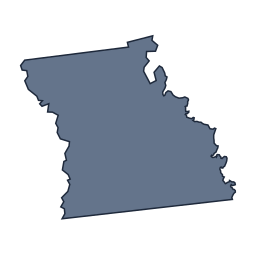 Anderson, Texas, United States of America, rotated 182°
{"feature_id": "52423323B92486842041177", "entity_name": "Anderson", "entity_type": "district", "adm_level": 2, "iso_a3": "USA", "parent_name": "United States of America", "parent_adm1": "Texas", "projection": "orthographic", "projection_center": [-95.816, 31.794], "detail": "fine", "context": "isolated", "style": "filled", "palette": "slate", "viewbox_px": 256, "rotation_deg": 182, "n_neighbors": 0, "source": "geoboundaries", "source_scale": "gbopen_adm2", "svg_char_len": 2235}
<svg xmlns="http://www.w3.org/2000/svg" viewBox="0 0 256 256"><g transform="rotate(182 128 128)"><path d="M233.6,192.2L237.5,186.7L235.8,182.2L231.2,181.8L229.9,176.0L232.8,171.6L228.9,163.1L220.2,156.6L218.4,152.5L214.5,152.3L217.1,149.1L214.7,146.7L208.0,149.5L208.9,141.2L204.0,141.2L198.2,138.3L200.4,130.1L197.9,125.9L198.6,121.0L195.2,114.8L186.0,112.3L186.3,107.8L190.2,100.4L188.4,93.6L190.9,92.3L192.1,83.8L186.2,79.4L184.0,74.9L186.6,73.7L184.2,69.6L185.9,62.5L191.9,56.0L189.6,52.1L192.4,46.8L188.8,45.1L188.1,40.2L190.7,35.0L21.2,60.3L21.8,62.1L21.1,64.1L19.9,66.4L18.5,67.6L18.6,69.1L19.6,70.2L20.8,70.3L21.8,71.9L22.8,72.4L23.5,73.6L22.8,75.0L21.7,74.1L20.0,74.6L18.8,75.1L19.2,76.9L20.4,77.8L22.4,77.8L23.7,78.6L24.7,79.1L24.8,77.9L27.1,76.9L27.6,76.3L28.8,75.8L30.0,77.4L31.4,78.9L31.0,80.5L30.1,82.4L31.9,83.1L32.0,84.7L33.8,86.6L33.9,88.3L34.8,90.1L34.4,91.8L33.5,92.2L32.9,91.8L32.7,91.2L31.7,91.4L31.3,92.5L30.2,93.0L28.8,96.5L28.2,98.6L28.0,101.3L28.8,102.7L30.7,102.9L32.1,101.7L32.9,100.8L34.1,101.1L34.1,102.2L35.0,103.0L35.8,104.4L37.5,104.6L38.1,104.4L38.5,103.6L38.2,102.9L38.6,102.2L38.8,102.8L40.9,101.7L42.4,101.5L43.6,102.2L44.0,102.7L43.6,103.6L43.1,103.2L41.5,104.2L41.1,105.6L39.2,107.0L38.3,109.7L37.6,111.2L37.3,113.2L39.0,113.4L41.4,115.9L41.6,118.8L42.0,120.9L42.1,124.1L40.9,128.1L40.2,130.4L41.6,130.9L42.9,129.8L46.0,130.1L47.2,132.1L48.2,133.8L52.2,134.4L53.8,135.2L55.2,136.3L57.2,136.3L59.3,137.0L61.6,136.7L63.4,137.9L62.5,138.6L62.4,139.2L62.2,140.5L63.2,140.8L64.6,139.6L66.7,139.9L69.7,140.9L69.9,142.2L70.8,143.6L71.1,143.6L70.6,144.6L69.3,144.4L67.8,145.9L67.8,146.9L69.4,146.5L70.9,146.7L71.1,148.0L71.1,150.4L71.6,151.5L70.6,151.9L69.8,152.0L69.2,154.6L69.3,156.7L68.7,157.4L68.6,158.6L69.2,159.7L72.3,161.0L74.5,160.1L78.1,159.6L81.8,160.9L84.1,162.5L86.4,165.9L89.3,166.5L91.4,164.7L92.3,162.1L93.3,161.4L94.3,162.7L94.6,165.1L92.5,169.1L91.7,171.8L92.7,174.7L91.4,177.6L90.8,180.4L92.6,181.4L93.1,183.8L93.3,184.4L96.0,189.6L98.8,191.1L103.9,184.6L101.5,176.4L107.4,173.1L114.4,185.3L114.0,189.3L109.2,195.8L112.3,199.1L112.1,205.1L103.2,205.7L101.2,211.7L107.1,216.4L106.5,221.0L131.6,213.6L130.3,208.9L233.6,192.2Z" fill="#64748b" stroke="#1e293b" stroke-width="1.5"/></g></svg>